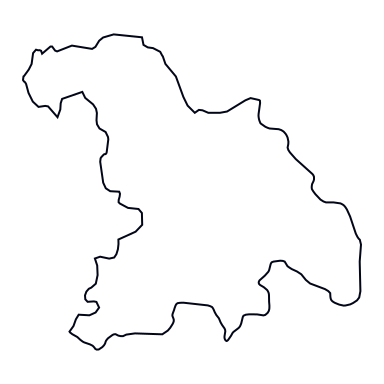 map outline of Alessandria (orthographic projection)
{"feature_id": "ITA-5439", "entity_name": "Alessandria", "entity_type": "Province", "adm_level": 1, "iso_a3": "ITA", "parent_name": "Italy", "parent_adm1": "", "projection": "orthographic", "projection_center": [8.655, 44.843], "detail": "fine", "context": "isolated", "style": "outline", "palette": "ink", "viewbox_px": 384, "rotation_deg": 0, "n_neighbors": 0, "source": "natural_earth", "source_scale": "10m", "svg_char_len": 3676}
<svg xmlns="http://www.w3.org/2000/svg" viewBox="0 0 384 384"><path d="M113.7,34.4L142.0,37.3L143.5,44.9L147.8,47.4L153.0,48.1L160.2,51.8L162.2,55.6L162.8,56.3L165.4,63.9L175.9,76.5L183.4,97.0L187.6,105.6L194.8,112.8L198.9,109.9L202.5,110.3L208.3,112.8L220.0,112.8L227.1,111.5L245.4,100.3L250.6,98.1L259.0,100.0L259.9,100.6L260.1,103.0L258.6,113.9L258.5,115.8L258.7,117.6L259.0,119.2L259.4,120.6L259.9,121.9L260.5,123.3L261.1,123.8L265.4,126.8L267.6,127.8L269.6,128.5L278.7,129.2L281.3,130.1L283.5,131.5L284.1,132.1L285.6,133.8L286.6,135.4L287.6,137.6L288.4,141.6L288.3,144.0L287.6,147.6L288.3,149.9L289.9,152.4L295.8,159.1L312.5,174.1L313.4,175.3L314.0,176.9L314.0,179.6L313.5,181.2L312.1,184.1L311.8,185.8L311.7,187.5L311.9,189.1L313.3,191.4L315.4,194.2L320.5,199.6L323.5,201.5L326.0,202.4L333.5,202.4L340.5,203.4L341.9,204.1L343.1,204.8L344.2,205.7L345.5,207.3L346.9,209.5L350.1,216.5L355.8,233.6L357.4,236.8L358.7,238.7L359.8,239.7L361.0,244.6L359.7,261.5L360.4,291.2L359.2,297.5L357.0,300.4L353.1,303.0L350.2,304.4L345.4,305.5L343.6,305.6L339.2,304.6L335.0,302.9L333.4,302.0L332.1,301.0L331.2,299.9L330.7,298.6L330.4,296.9L330.2,293.1L328.3,291.1L325.0,289.1L310.1,283.5L305.8,279.9L301.3,274.3L297.0,271.5L291.8,269.1L289.3,267.5L287.5,266.2L284.7,261.6L282.8,260.9L280.2,260.7L273.5,261.6L271.7,262.3L271.0,263.3L270.6,264.3L269.2,269.9L268.7,271.1L268.3,271.8L264.9,275.6L259.6,280.3L258.9,281.5L258.7,282.8L259.1,284.0L260.1,285.0L263.8,287.2L267.1,290.0L267.8,291.1L268.5,292.5L268.9,294.1L269.0,295.9L269.1,301.8L269.4,305.4L269.4,307.2L269.3,309.0L268.8,310.9L267.7,312.8L265.3,314.9L263.5,315.4L257.1,314.4L249.3,314.3L245.8,314.7L243.5,315.7L242.8,317.0L241.2,323.5L240.6,325.0L240.0,326.3L239.1,327.5L238.1,328.4L233.5,331.9L232.6,332.9L231.0,335.8L228.1,340.0L227.2,340.8L226.5,341.0L225.6,340.4L224.9,339.3L224.5,337.9L224.5,336.3L225.3,331.4L225.1,329.8L224.5,328.4L222.1,325.0L220.6,322.4L218.9,318.3L216.3,315.0L214.8,312.3L213.6,309.5L212.9,308.2L212.1,307.1L210.3,306.2L207.8,305.4L183.4,302.7L180.0,302.8L177.5,303.2L176.3,304.2L175.6,305.4L174.5,308.4L174.1,309.9L173.0,312.8L172.5,314.3L172.4,315.8L172.9,317.2L173.4,318.4L173.8,319.9L173.7,321.4L173.2,322.8L172.5,324.2L170.2,327.8L167.8,330.6L162.3,334.3L135.0,333.4L126.3,334.6L123.1,336.1L120.6,336.1L118.3,335.6L115.6,334.2L114.0,334.3L112.6,334.9L108.1,338.2L107.2,339.2L106.5,340.1L106.0,340.8L105.5,342.1L105.1,343.5L104.0,345.3L102.3,347.1L98.7,349.5L96.7,349.6L95.3,348.9L94.5,347.7L93.6,346.7L92.6,345.7L90.0,344.4L84.2,342.4L82.7,341.6L80.3,339.8L77.3,337.0L72.3,334.2L70.0,332.4L69.5,331.6L73.5,326.0L75.9,319.3L78.7,314.7L89.4,315.3L95.6,312.5L99.1,307.6L96.4,301.9L93.9,301.4L87.6,301.8L85.3,299.3L85.0,295.4L86.4,291.6L88.8,288.8L91.3,287.6L95.8,283.7L97.6,275.1L97.2,265.5L94.9,258.5L100.1,256.7L109.2,258.6L114.2,257.5L116.4,254.2L117.9,249.3L118.5,244.0L118.4,239.5L135.6,231.7L142.2,224.8L141.9,213.0L138.5,209.0L128.0,207.9L119.8,203.5L118.6,202.2L118.7,199.9L119.6,196.7L120.0,193.8L119.2,191.7L110.2,191.2L105.8,188.3L103.2,182.7L100.2,161.8L100.6,158.3L101.2,157.3L103.8,154.5L104.4,154.2L104.6,154.1L105.5,154.1L105.8,153.9L106.2,153.5L106.4,153.1L106.7,152.1L108.3,139.4L108.0,137.0L105.6,132.0L99.5,128.5L97.0,124.3L96.5,120.2L96.9,113.0L96.0,108.8L93.1,104.4L85.2,97.9L82.3,91.9L62.1,98.9L60.7,103.3L60.3,109.5L57.5,117.2L48.1,106.4L45.2,105.9L38.5,106.9L32.8,101.6L28.5,92.9L26.1,84.0L25.1,82.3L23.9,81.4L23.0,80.0L23.5,76.4L24.1,76.0L28.8,69.5L31.6,64.0L33.1,53.1L36.0,49.7L38.1,50.3L39.7,50.2L41.1,50.8L42.1,53.7L50.5,46.5L52.1,46.5L55.1,50.6L57.1,51.4L71.9,45.6L92.1,48.9L95.4,46.9L99.2,40.7L103.1,37.5L113.7,34.4Z" fill="none" stroke="#020617" stroke-width="2"/></svg>